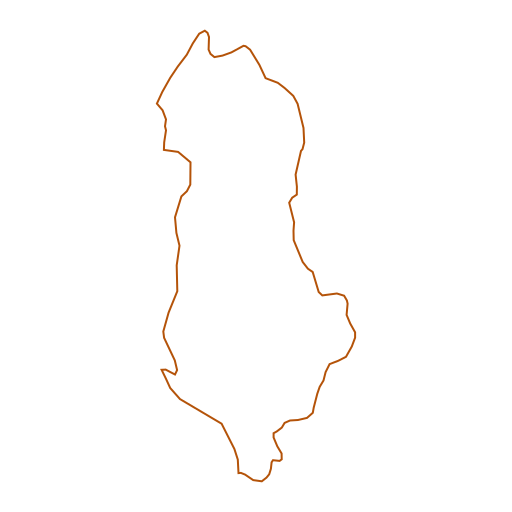 Albania, Mercator projection
{"feature_id": "ALB", "entity_name": "Albania", "entity_type": "country or territory", "adm_level": 0, "iso_a3": "ALB", "parent_name": "Europe", "parent_adm1": "", "projection": "mercator", "projection_center": [20.103, 41.151], "detail": "fine", "context": "isolated", "style": "outline", "palette": "amber", "viewbox_px": 512, "rotation_deg": 0, "n_neighbors": 0, "source": "natural_earth", "source_scale": "50m", "svg_char_len": 1461}
<svg xmlns="http://www.w3.org/2000/svg" viewBox="0 0 512 512"><path d="M163.9,149.9L164.2,142.3L166.0,130.3L165.0,126.3L166.0,119.4L162.6,110.3L156.9,103.6L162.3,91.9L170.3,77.7L177.8,66.5L186.8,54.7L192.8,43.4L199.2,33.7L204.8,30.7L207.5,32.8L209.0,37.0L208.6,49.6L210.5,53.9L214.4,57.1L222.5,55.6L231.4,52.4L243.5,45.8L245.6,46.2L250.1,49.7L259.4,64.9L265.6,78.2L277.8,82.8L284.6,88.0L293.3,95.9L297.6,103.8L303.5,128.0L304.2,142.6L302.5,149.2L301.0,150.9L295.6,174.6L296.9,186.7L296.8,194.6L292.2,197.7L289.2,202.7L294.1,222.3L293.5,230.7L293.7,240.2L302.7,262.0L307.9,268.7L312.7,272.0L318.7,292.0L322.3,295.4L336.9,293.5L344.1,295.7L346.9,300.5L347.6,303.7L346.6,314.9L350.2,323.5L355.1,332.3L355.1,337.7L351.8,346.5L346.0,356.8L338.2,360.8L329.6,364.1L325.6,372.1L323.5,380.5L319.7,386.8L317.3,393.7L313.7,407.7L312.8,412.8L307.0,417.9L298.0,420.0L290.0,420.5L284.6,422.9L281.8,427.6L276.7,431.5L273.6,433.2L273.6,437.5L277.3,446.3L281.6,453.5L281.7,459.3L279.6,460.9L273.0,460.2L271.6,462.3L270.9,468.8L269.2,474.3L266.5,477.6L261.8,481.3L253.2,480.1L245.1,474.6L240.9,472.9L238.5,473.1L237.8,459.6L234.4,449.0L221.6,423.7L180.0,399.1L170.2,388.0L165.9,378.6L161.6,369.8L165.7,369.6L169.8,371.8L175.0,374.5L177.1,370.1L174.8,360.4L164.1,337.8L163.3,331.5L168.6,312.6L177.3,291.2L176.7,265.3L179.5,245.7L176.4,232.9L175.0,217.3L181.4,196.4L186.9,191.2L190.3,184.6L190.5,162.3L178.1,151.9L163.9,149.9Z" fill="none" stroke="#b45309" stroke-width="2"/></svg>